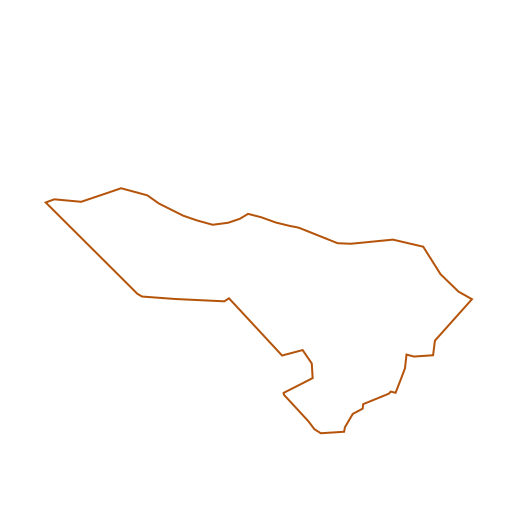 Oron, Cross River, Nigeria, rotated 306°
{"feature_id": "59680162B48458945930175", "entity_name": "Oron", "entity_type": "district", "adm_level": 2, "iso_a3": "NGA", "parent_name": "Nigeria", "parent_adm1": "Cross River", "projection": "equal_earth", "projection_center": [8.234, 4.863], "detail": "fine", "context": "isolated", "style": "outline", "palette": "amber", "viewbox_px": 512, "rotation_deg": 306, "n_neighbors": 0, "source": "geoboundaries", "source_scale": "gbopen_adm2", "svg_char_len": 858}
<svg xmlns="http://www.w3.org/2000/svg" viewBox="0 0 512 512"><g transform="rotate(306 256 256)"><path d="M348.0,456.1L346.2,440.8L349.7,416.1L361.8,385.8L349.7,357.1L321.7,325.6L314.3,314.5L304.1,274.3L302.7,270.9L300.4,266.2L294.8,252.5L290.5,237.7L285.4,224.8L276.5,221.0L266.5,213.9L255.8,202.6L250.1,187.4L245.8,173.3L241.4,146.8L241.2,132.4L231.5,107.0L219.1,98.3L197.1,82.7L183.3,59.5L175.7,54.4L155.7,182.2L156.2,187.6L173.6,215.7L200.7,257.0L205.9,259.0L190.8,335.6L207.3,349.0L201.9,364.1L201.7,364.4L190.5,373.6L161.7,358.9L161.4,358.8L160.1,360.4L153.1,395.5L150.2,405.1L150.7,412.6L165.6,430.6L169.7,428.6L185.1,427.1L195.2,432.0L199.2,429.8L222.7,444.4L225.5,444.7L225.8,445.5L227.4,449.3L241.9,445.5L252.8,442.5L264.7,435.7L267.5,442.9L272.6,449.0L279.8,457.6L292.7,450.5L348.0,456.1Z" fill="none" stroke="#b45309" stroke-width="2"/></g></svg>